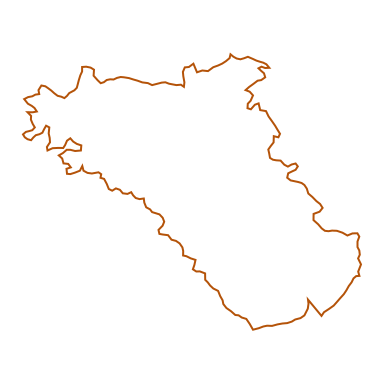 Independência, Rio Grande do Sul, Brazil (Mercator projection)
{"feature_id": "56859067B92342663625367", "entity_name": "Independência", "entity_type": "district", "adm_level": 2, "iso_a3": "BRA", "parent_name": "Brazil", "parent_adm1": "Rio Grande do Sul", "projection": "mercator", "projection_center": [-54.201, -27.908], "detail": "fine", "context": "isolated", "style": "outline", "palette": "amber", "viewbox_px": 384, "rotation_deg": 0, "n_neighbors": 0, "source": "geoboundaries", "source_scale": "gbopen_adm2", "svg_char_len": 3503}
<svg xmlns="http://www.w3.org/2000/svg" viewBox="0 0 384 384"><path d="M230.5,54.3L229.6,58.1L225.9,61.2L222.2,63.6L218.1,65.5L213.3,67.2L208.0,71.1L202.3,70.5L197.0,72.3L193.4,63.7L188.9,67.0L184.8,67.4L182.9,71.9L183.3,76.2L184.4,82.3L183.9,86.8L180.9,84.7L176.4,85.1L169.0,83.7L165.4,82.3L161.8,82.6L156.8,83.9L152.1,85.1L147.9,83.1L142.3,82.4L137.6,80.7L133.4,79.5L129.0,78.1L124.0,77.3L120.7,77.0L117.0,77.9L113.6,79.5L110.2,79.3L106.7,80.0L103.9,82.2L100.7,83.2L97.6,80.2L93.6,75.7L94.0,69.7L90.6,67.6L86.2,66.7L82.1,67.0L82.1,71.5L80.3,75.4L78.8,80.2L77.8,84.1L76.8,87.8L74.4,90.3L69.2,93.1L67.0,95.9L64.4,98.1L61.3,96.7L57.6,95.8L54.2,93.2L51.2,90.5L48.1,88.2L45.4,86.3L41.4,85.5L38.5,90.1L39.2,94.1L35.4,94.6L32.3,96.3L28.1,97.1L24.2,99.1L27.9,103.7L31.8,105.9L34.5,108.0L36.8,111.5L32.7,112.3L27.5,112.2L31.1,115.9L30.9,119.6L32.7,123.9L34.8,127.4L32.3,130.2L29.1,131.1L25.9,131.9L23.0,134.4L24.8,137.3L27.5,139.2L31.1,140.2L33.3,137.5L35.8,135.2L39.5,134.2L42.4,132.7L44.1,129.2L46.1,125.7L49.3,127.4L48.7,133.5L49.7,137.9L50.0,142.3L46.9,147.0L47.5,150.5L52.6,148.2L58.4,147.9L63.2,148.0L65.1,145.1L67.0,140.7L70.3,138.3L73.2,141.6L76.8,143.9L81.3,145.4L80.9,150.5L75.1,151.0L70.3,149.8L66.7,149.8L62.9,153.1L58.8,155.4L62.2,158.5L63.5,163.4L68.2,163.9L70.8,167.4L66.5,168.8L67.0,173.8L70.3,174.1L74.8,172.7L79.9,170.7L82.3,166.0L83.5,170.7L87.5,172.9L91.9,173.5L95.2,172.9L98.5,172.3L101.2,174.2L100.5,177.8L104.1,178.9L106.8,184.0L108.8,189.0L112.2,190.7L115.9,188.4L119.9,189.8L122.8,193.3L127.5,193.9L131.2,192.2L133.1,195.3L135.7,198.0L139.5,199.1L143.8,198.5L144.3,202.6L146.2,207.3L150.1,209.4L152.1,212.1L156.0,213.3L159.5,214.4L162.7,217.8L164.2,221.7L162.6,225.7L158.5,229.9L159.4,233.9L162.7,234.5L168.1,235.2L171.5,239.7L176.0,240.9L179.6,243.4L182.4,247.4L183.2,251.0L183.1,255.5L186.4,256.2L190.8,258.4L195.5,259.9L194.4,264.9L192.9,269.3L196.3,271.5L199.8,271.4L205.1,273.4L205.2,279.8L207.7,282.3L210.1,285.5L213.3,288.5L218.1,290.9L220.2,296.1L222.6,300.3L223.3,304.0L226.4,308.0L231.0,311.2L235.3,315.0L238.6,315.3L241.7,317.5L246.3,318.9L249.7,323.9L253.0,329.7L258.8,328.2L263.3,326.5L267.1,325.7L272.0,325.9L277.5,324.4L282.5,323.5L287.2,323.1L291.8,321.6L295.2,319.5L300.5,318.1L304.4,315.4L307.8,308.7L308.5,303.7L308.0,299.6L321.5,315.9L324.0,312.2L328.9,309.0L333.7,305.6L336.1,302.9L340.0,298.4L343.8,294.2L346.4,290.3L348.8,286.0L351.6,282.3L353.5,278.4L356.2,276.1L359.4,275.9L358.2,271.6L361.0,264.4L358.1,258.4L359.8,254.7L359.3,250.5L357.5,247.1L357.5,241.5L359.3,236.6L357.4,233.3L352.5,233.4L347.4,235.5L342.5,232.7L336.9,230.8L332.1,230.6L328.5,231.2L324.9,230.8L321.7,228.4L318.2,224.3L313.5,220.1L313.6,213.9L319.6,211.7L322.6,207.9L320.1,204.0L316.4,201.1L312.4,197.0L308.3,193.5L306.8,188.6L304.4,185.0L301.6,183.0L298.2,182.0L290.6,180.4L287.2,177.7L288.2,173.3L292.3,171.3L295.6,169.8L297.8,166.4L295.6,163.5L291.6,164.5L287.9,166.6L284.3,164.7L280.6,160.6L276.2,160.3L272.9,159.7L270.0,157.9L269.2,153.5L268.3,149.5L270.7,146.1L273.6,142.4L273.8,136.2L278.4,137.3L280.0,133.8L277.6,129.9L275.1,125.7L271.7,120.8L268.6,116.5L266.0,111.1L260.2,110.1L258.6,103.4L254.9,104.7L250.9,109.3L247.5,108.2L247.8,103.7L250.6,100.8L253.0,95.4L249.7,91.7L245.6,90.1L249.1,87.0L253.4,83.9L257.6,80.7L261.2,80.1L265.2,77.3L264.0,73.3L261.2,70.9L258.5,68.3L261.5,66.7L265.1,68.0L269.3,67.8L266.4,64.3L263.3,62.7L259.5,61.6L256.4,60.6L253.0,59.0L247.9,56.8L243.9,58.3L240.4,59.3L236.6,58.5L233.4,56.7L230.5,54.3Z" fill="none" stroke="#b45309" stroke-width="2"/></svg>